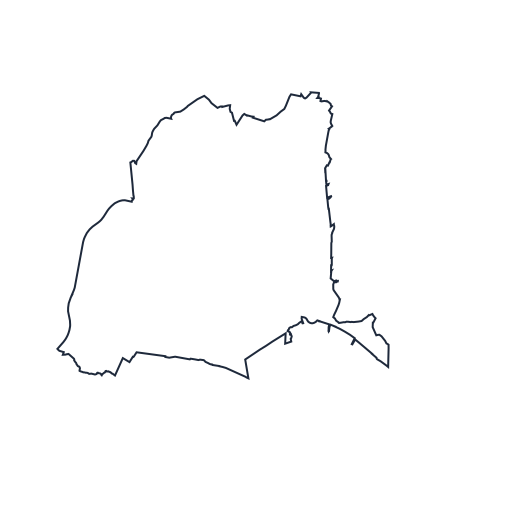 Breda, Noord-Brabant, Netherlands (Natural Earth projection), rotated 293°
{"feature_id": "6326949B29161299179415", "entity_name": "Breda", "entity_type": "district", "adm_level": 2, "iso_a3": "NLD", "parent_name": "Netherlands", "parent_adm1": "Noord-Brabant", "projection": "natural_earth1", "projection_center": [4.749, 51.564], "detail": "fine", "context": "isolated", "style": "outline", "palette": "slate", "viewbox_px": 512, "rotation_deg": 293, "n_neighbors": 0, "source": "geoboundaries", "source_scale": "gbopen_adm2", "svg_char_len": 6021}
<svg xmlns="http://www.w3.org/2000/svg" viewBox="0 0 512 512"><g transform="rotate(293 256 256)"><path d="M140.4,296.8L156.5,286.5L171.4,296.2L177.3,300.4L183.6,304.5L196.4,313.5L186.7,317.1L191.0,321.9L193.3,320.3L194.1,320.5L195.9,320.3L196.1,320.2L197.4,318.9L196.9,318.2L197.2,317.8L197.4,317.7L198.1,318.2L198.7,317.3L199.0,317.1L199.2,316.4L199.1,315.3L199.3,314.5L200.2,314.4L201.0,314.9L202.4,314.7L203.7,315.4L204.1,315.8L204.3,316.6L204.5,316.9L206.3,317.9L207.8,319.7L208.6,320.4L209.6,321.2L211.3,321.9L213.4,323.2L213.8,323.7L213.0,324.6L212.5,324.8L212.2,325.1L212.3,325.4L212.6,325.7L215.5,323.0L216.3,322.4L217.8,321.9L218.3,324.2L218.4,325.1L218.3,325.9L217.9,327.0L216.4,329.0L215.9,329.9L215.6,331.4L215.6,332.4L215.8,333.4L216.2,334.4L217.2,335.6L218.6,336.7L220.7,337.6L220.9,339.9L220.6,339.9L220.7,340.4L220.8,340.4L221.7,350.4L220.2,350.4L218.8,350.7L216.1,351.8L215.3,352.0L215.1,352.2L215.3,352.2L215.4,352.5L219.3,351.4L220.4,351.3L221.9,351.5L222.0,355.3L221.9,355.2L221.7,361.6L221.1,367.2L220.2,373.3L218.9,379.0L212.3,378.6L212.3,379.2L217.9,379.9L216.4,385.0L211.4,401.1L211.2,401.0L209.4,406.7L208.7,407.1L208.3,407.8L207.8,411.8L206.2,418.6L205.5,421.0L222.9,414.1L226.1,412.7L226.4,411.6L226.5,410.2L228.3,408.1L231.1,403.0L231.2,402.6L231.7,400.3L231.0,399.0L230.0,397.7L236.1,391.2L240.3,389.6L240.5,390.0L245.4,390.4L245.8,389.4L246.6,387.9L247.7,386.2L248.1,385.8L245.1,382.8L245.2,382.7L243.1,381.9L240.0,379.8L237.4,378.6L235.7,376.0L233.3,371.7L232.7,369.7L232.2,369.1L231.5,366.6L230.9,365.0L229.8,363.9L229.4,362.7L227.9,360.4L226.9,358.8L226.8,358.3L227.1,358.1L227.8,355.0L229.2,353.2L229.5,352.6L229.5,352.2L229.9,351.0L232.6,350.9L236.7,351.1L243.2,351.1L245.3,350.9L248.4,350.3L248.2,350.1L249.4,349.3L250.3,348.2L254.7,341.1L255.2,340.5L255.9,340.0L260.0,338.2L262.2,338.1L262.5,338.3L263.1,340.0L264.3,340.8L264.5,341.2L264.9,341.1L264.6,340.7L264.5,340.2L264.9,339.7L264.8,339.3L263.8,338.6L263.6,337.7L263.3,337.6L264.5,333.5L271.6,331.2L272.2,331.3L272.0,331.1L271.6,330.9L276.8,328.8L277.0,329.3L277.5,329.2L283.4,326.7L284.1,326.7L283.6,325.9L287.2,324.5L297.3,320.3L298.9,320.1L304.1,317.7L305.2,317.3L307.1,317.2L307.3,317.0L311.4,317.2L313.3,316.7L314.3,316.2L315.1,315.5L315.7,315.2L312.9,313.6L312.4,313.2L313.4,312.7L313.7,312.6L313.8,312.7L316.0,311.4L316.5,311.1L327.9,304.6L327.7,304.3L329.1,303.4L331.3,302.2L336.1,299.6L337.4,300.9L338.1,301.2L339.4,301.8L340.0,301.6L340.3,301.8L340.4,301.7L337.4,298.7L347.9,293.1L349.4,294.7L350.4,294.6L350.6,294.6L349.5,293.3L349.5,293.0L349.6,292.7L352.2,291.3L353.2,292.2L352.7,291.0L361.8,286.5L361.5,286.4L363.8,285.3L367.2,285.8L367.3,286.9L370.9,287.0L371.0,287.3L374.3,286.9L374.6,287.1L375.6,285.0L377.3,283.6L378.0,282.7L378.5,281.2L378.5,279.4L380.2,278.8L381.0,278.4L384.9,277.2L398.2,274.2L400.3,273.8L401.2,274.0L401.6,273.9L401.8,273.7L401.8,273.4L404.5,275.0L404.6,274.9L405.5,275.4L406.9,273.6L408.0,272.6L408.7,272.3L409.7,272.0L416.5,270.8L416.4,269.2L417.7,267.7L418.4,266.4L423.5,267.5L423.8,266.2L425.1,265.3L425.8,263.4L426.3,261.0L426.0,261.0L425.6,258.7L425.0,257.6L423.9,255.9L423.8,255.0L423.8,254.8L426.3,254.3L426.1,252.4L425.4,250.7L427.4,251.2L427.5,250.9L430.2,250.5L430.7,250.2L428.1,242.5L427.8,242.8L427.6,242.8L421.5,240.6L420.2,239.6L420.3,238.2L422.6,234.4L420.4,234.6L418.5,225.1L415.7,224.6L405.9,224.8L402.4,224.6L398.5,222.3L393.5,220.0L387.2,215.3L387.2,214.8L386.4,213.9L385.3,211.9L383.2,211.0L382.1,199.1L383.2,199.2L382.6,197.1L382.0,192.6L381.7,192.6L382.2,189.7L380.1,188.7L369.2,186.8L372.3,183.5L372.3,183.3L371.9,182.9L378.5,177.9L378.7,176.2L381.2,174.3L384.7,173.3L383.7,171.5L380.1,166.8L380.5,166.6L380.2,165.8L379.6,164.7L377.3,162.7L379.3,155.3L381.5,151.6L383.2,145.8L377.4,140.8L367.5,134.6L366.2,134.2L362.6,132.2L359.3,129.9L356.5,125.3L356.0,124.9L355.6,124.7L355.0,124.7L354.3,124.4L353.6,123.8L352.6,123.4L351.2,123.4L350.4,123.6L349.7,123.8L349.2,124.3L348.3,119.8L348.2,119.5L347.6,118.5L347.6,118.4L347.3,118.0L346.3,117.4L343.9,115.4L342.2,114.9L337.7,114.2L333.4,112.6L332.2,112.4L330.1,112.2L328.7,112.3L326.0,113.0L324.8,113.1L320.2,112.0L317.5,112.3L314.5,112.1L308.6,111.3L296.6,109.0L294.1,109.7L294.3,108.5L295.7,107.1L296.0,106.7L295.5,105.4L293.7,104.5L293.0,103.8L273.4,114.5L268.5,117.0L263.7,119.6L263.4,120.0L261.4,121.0L261.1,121.0L260.8,120.6L260.9,120.4L260.7,119.8L260.3,120.6L259.7,120.7L258.6,120.1L257.4,120.4L256.1,113.5L255.0,111.2L253.6,109.3L252.4,108.0L250.1,106.0L249.2,105.3L245.4,103.4L242.2,102.2L239.8,101.6L232.6,100.4L228.8,99.4L226.9,98.6L225.0,97.6L219.2,94.1L215.6,92.5L213.4,91.9L211.0,91.3L206.6,91.0L204.6,91.0L201.3,91.4L156.0,101.5L153.4,101.7L148.2,101.7L148.3,101.9L145.4,101.7L139.3,102.1L135.2,103.2L131.7,104.6L123.8,110.0L119.9,111.9L118.5,112.4L114.9,113.2L112.1,113.5L109.5,113.6L106.8,113.4L104.7,113.1L101.4,112.3L92.9,109.5L92.1,111.3L91.9,112.2L92.4,116.6L89.6,116.8L90.8,119.2L91.2,119.7L91.5,119.9L91.8,120.6L92.5,121.4L92.5,121.8L92.4,122.3L90.4,128.3L90.2,128.7L89.8,129.1L88.9,129.4L87.9,130.9L87.4,132.0L86.9,132.6L86.1,133.2L85.7,134.1L85.1,134.9L85.0,135.7L85.1,136.4L84.8,137.0L83.9,137.8L81.6,138.3L81.3,138.5L81.3,140.2L81.5,141.7L81.4,142.4L81.9,143.8L82.0,144.8L82.4,145.8L82.6,146.8L82.3,148.5L83.4,150.4L84.0,154.1L85.1,155.4L86.4,155.5L86.8,156.0L86.6,156.8L87.0,158.3L86.9,158.9L86.7,159.5L86.0,160.3L85.9,160.6L87.3,160.7L87.9,161.2L89.2,161.8L89.8,162.4L91.3,162.5L91.7,163.0L91.6,163.6L91.4,163.9L92.2,165.4L92.0,166.1L92.2,167.0L91.9,167.7L92.0,168.2L91.5,169.1L91.6,170.1L90.9,172.9L110.0,173.3L108.9,181.0L115.1,182.0L115.1,182.5L115.6,182.8L120.7,183.7L128.3,211.5L127.8,211.5L127.6,211.9L128.5,215.9L131.7,220.9L135.0,235.5L135.8,235.8L135.8,236.0L136.1,236.6L137.0,240.3L137.7,243.6L137.9,244.0L138.7,244.9L139.7,248.5L139.6,249.1L138.8,250.9L138.7,254.5L138.5,255.1L138.6,256.6L138.9,258.1L139.0,258.1L139.0,258.3L138.7,258.6L140.4,265.3L140.2,265.4L140.8,268.6L141.2,272.0L140.7,293.6L140.5,294.5L140.4,296.8Z" fill="none" stroke="#1e293b" stroke-width="2"/></g></svg>